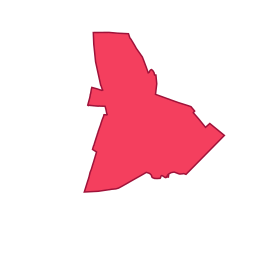 the district of Santa Gertrudis, Oaxaca, Mexico, rotated 35°
{"feature_id": "50627088B89208011470792", "entity_name": "Santa Gertrudis", "entity_type": "district", "adm_level": 2, "iso_a3": "MEX", "parent_name": "Mexico", "parent_adm1": "Oaxaca", "projection": "natural_earth1", "projection_center": [-96.798, 16.776], "detail": "fine", "context": "isolated", "style": "filled", "palette": "rose", "viewbox_px": 256, "rotation_deg": 35, "n_neighbors": 0, "source": "geoboundaries", "source_scale": "gbopen_adm2", "svg_char_len": 2986}
<svg xmlns="http://www.w3.org/2000/svg" viewBox="0 0 256 256"><g transform="rotate(35 128 128)"><path d="M192.4,77.4L191.1,83.0L180.6,80.0L172.9,78.1L172.6,77.8L172.9,75.9L167.4,74.4L164.8,75.1L154.7,78.3L148.2,80.1L132.9,84.2L131.2,84.6L126.2,75.3L120.5,68.6L119.3,69.3L117.7,67.8L115.8,66.9L113.8,66.6L113.2,67.5L113.1,68.6L113.4,70.3L112.9,71.2L109.4,68.7L107.3,67.2L106.8,66.9L102.3,63.8L99.0,61.6L89.3,58.1L85.6,56.3L79.5,53.6L77.8,53.1L74.3,50.5L65.1,56.3L57.6,60.6L44.8,69.7L51.9,79.0L54.6,82.1L63.5,92.4L81.1,108.6L81.9,109.0L82.1,109.1L82.7,109.6L84.5,110.9L84.7,111.1L85.0,111.2L85.5,111.4L85.1,112.2L79.8,113.8L75.1,115.5L75.8,117.4L77.2,120.3L77.5,121.0L78.1,122.6L78.2,122.8L78.3,122.9L78.5,123.3L78.8,123.9L78.9,124.3L79.3,125.1L81.9,132.4L82.5,132.4L82.9,132.2L83.3,131.6L83.8,131.2L84.3,131.1L84.7,130.8L84.8,130.8L85.6,130.3L85.8,130.2L86.9,129.6L87.0,129.5L87.2,129.4L87.3,129.4L87.9,129.0L89.0,128.4L89.5,128.1L91.2,127.1L91.4,126.9L91.7,126.6L92.0,126.4L92.3,126.2L92.6,126.1L93.0,125.8L96.0,123.8L96.8,123.4L99.2,125.4L101.7,127.8L101.9,128.0L103.3,129.0L103.0,129.5L102.6,129.7L102.2,130.0L101.9,130.1L101.5,130.3L101.2,130.5L100.9,130.7L100.9,130.8L100.7,131.0L101.0,131.6L101.3,132.5L101.6,133.6L101.6,133.9L101.8,134.6L102.0,135.5L102.2,136.2L102.5,137.3L102.8,138.2L103.0,138.9L103.1,139.4L103.3,139.9L103.5,140.4L103.6,140.9L103.8,141.3L104.3,143.2L104.8,145.1L105.2,146.3L105.3,147.1L105.5,147.4L105.6,147.7L105.7,148.3L105.8,148.5L106.1,149.2L106.2,149.6L106.2,150.0L106.3,150.2L106.5,150.4L106.5,150.9L106.6,151.1L106.7,151.3L106.8,151.5L106.9,151.9L107.0,152.1L107.0,152.3L107.1,152.7L107.2,153.0L107.3,153.4L107.4,153.7L107.5,153.8L107.5,154.0L107.7,154.4L107.7,154.6L107.8,154.8L107.8,155.1L108.0,155.4L108.0,155.6L108.1,155.8L108.1,156.0L108.3,156.4L108.4,157.0L108.7,157.6L108.7,157.8L108.8,158.2L109.0,158.6L109.0,158.8L109.1,159.0L109.2,159.4L109.3,159.8L109.4,160.1L109.6,160.4L109.7,161.0L109.9,161.3L110.0,161.8L110.0,162.3L111.2,165.9L116.0,165.7L118.0,171.7L119.2,175.3L119.4,175.9L120.1,178.2L121.4,182.1L121.6,182.7L122.4,186.1L123.6,189.1L124.0,190.1L125.0,193.1L125.2,193.9L128.9,205.5L139.8,197.0L147.1,190.1L147.4,189.8L148.0,189.3L149.8,187.5L151.5,186.1L151.7,185.9L152.4,185.3L152.9,184.9L154.7,182.7L156.5,179.1L160.1,171.5L162.6,166.2L165.7,159.8L168.4,154.0L168.4,153.9L170.7,153.1L171.7,152.9L172.4,152.9L172.7,152.9L174.4,153.3L174.7,153.7L174.9,153.8L175.1,154.0L175.6,154.3L175.9,154.5L176.1,154.6L176.3,154.6L176.5,154.6L177.0,154.5L178.2,154.2L178.5,154.2L179.0,153.8L179.6,153.5L180.7,152.8L183.1,150.9L183.2,150.5L183.0,149.5L182.8,149.2L182.6,148.6L183.0,147.5L183.5,147.4L183.9,147.3L184.5,147.4L185.3,147.3L186.2,147.3L186.5,147.3L187.4,147.0L187.9,146.2L187.6,145.9L188.4,145.4L189.2,145.0L188.3,143.3L187.5,143.8L187.6,142.6L188.1,141.5L188.8,140.0L189.9,138.8L191.1,137.6L196.2,136.3L197.0,135.9L199.1,134.1L199.9,133.3L202.1,132.7L211.2,78.8L192.4,77.4Z" fill="#f43f5e" stroke="#9f1239" stroke-width="1.5"/></g></svg>